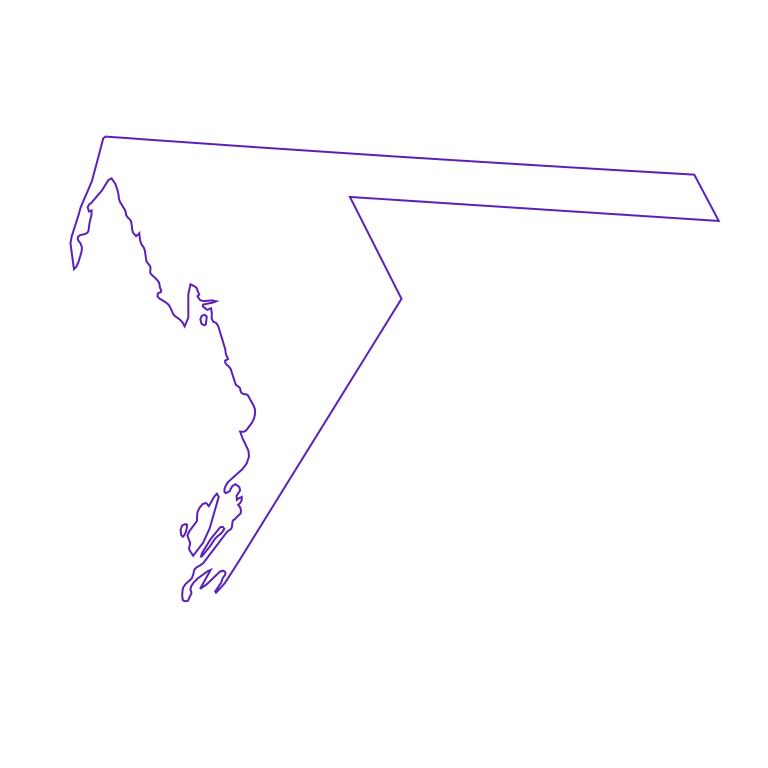 outline of Dakhlet Nouadhibou, rotated 4°
{"feature_id": "MRT-2785", "entity_name": "Dakhlet Nouadhibou", "entity_type": "Region", "adm_level": 1, "iso_a3": "MRT", "parent_name": "Mauritania", "parent_adm1": "", "projection": "orthographic", "projection_center": [-16.46, 20.371], "detail": "fine", "context": "isolated", "style": "outline", "palette": "violet", "viewbox_px": 768, "rotation_deg": 4, "n_neighbors": 0, "source": "natural_earth", "source_scale": "10m", "svg_char_len": 3531}
<svg xmlns="http://www.w3.org/2000/svg" viewBox="0 0 768 768"><g transform="rotate(4 384 384)"><path d="M66.7,291.1L61.4,265.4L62.2,258.4L67.5,236.7L69.0,229.2L78.5,201.9L82.9,179.1L86.8,158.5L88.9,156.6L114.6,156.6L123.8,156.7L149.7,156.7L189.9,156.7L242.0,156.7L303.8,156.5L372.7,156.3L446.3,155.8L522.4,155.2L598.4,154.5L672.0,153.6L678.9,153.5L706.6,198.0L337.0,199.8L395.5,297.8L251.6,570.9L239.1,593.8L231.0,603.9L230.1,602.7L235.4,593.5L236.7,588.8L238.7,585.7L239.1,584.1L238.5,582.5L237.0,581.6L235.5,581.5L234.8,582.4L233.7,582.3L221.2,596.1L214.8,601.2L224.0,581.6L220.8,583.3L211.7,591.0L208.5,594.6L207.0,596.9L205.7,599.5L205.2,602.3L206.3,605.1L206.4,606.5L204.5,611.1L203.9,613.3L203.4,614.0L202.0,614.4L200.5,614.5L199.3,614.2L198.3,613.5L198.1,613.0L198.2,612.4L197.8,611.0L197.4,609.0L197.5,603.2L197.8,601.2L199.9,597.5L205.8,591.3L207.0,587.2L207.8,582.3L210.0,579.8L213.0,578.0L216.3,575.1L237.7,542.5L239.0,541.2L240.5,540.2L241.8,538.9L242.3,536.7L242.5,531.9L243.2,530.1L244.7,529.5L245.1,528.6L249.0,524.2L250.1,522.8L250.1,520.3L249.6,518.1L248.4,516.3L246.9,514.7L248.6,513.1L249.7,511.2L250.2,509.0L250.0,506.6L246.5,508.6L245.3,509.8L244.7,506.0L247.9,500.2L246.8,496.8L242.7,494.3L239.9,496.3L238.2,499.8L237.6,501.7L234.0,503.9L232.4,502.9L232.2,500.0L233.1,496.8L234.3,494.2L235.7,492.2L248.8,478.7L252.5,472.9L254.4,465.8L253.4,459.9L246.6,447.9L243.8,441.5L245.6,441.6L247.2,441.4L248.6,440.9L249.9,439.7L254.9,432.0L256.8,427.2L257.5,422.5L257.0,418.2L255.4,414.6L249.0,404.8L247.7,404.0L244.5,403.8L242.4,402.8L241.3,400.6L240.7,398.3L239.8,397.3L236.2,395.1L229.9,379.5L227.9,377.3L225.9,375.9L224.4,374.4L223.8,372.1L224.5,371.3L225.7,370.8L226.6,370.2L226.2,368.8L225.6,367.9L224.1,365.0L223.2,360.4L214.8,338.3L212.6,335.0L209.3,333.7L207.5,330.7L207.2,324.8L206.2,320.5L202.4,322.4L197.8,319.2L197.8,317.5L207.9,314.6L210.8,313.2L206.2,312.6L198.4,313.9L194.8,313.2L191.8,309.4L193.4,307.7L190.2,301.1L188.7,300.0L184.0,298.0L182.5,308.4L184.2,331.4L181.1,340.4L178.8,336.7L175.9,334.0L170.3,330.5L168.5,328.4L165.6,322.8L163.6,320.0L160.8,317.9L153.8,314.2L152.1,312.6L151.9,309.9L153.0,308.7L154.4,308.3L155.1,307.7L155.1,305.7L153.8,303.7L153.5,302.0L152.5,298.4L149.9,295.5L143.8,290.6L142.9,288.7L143.0,284.3L142.2,282.4L138.5,278.3L136.0,267.1L134.6,264.4L132.3,261.5L130.8,258.0L129.9,254.3L129.4,250.7L128.5,251.8L127.1,253.0L126.4,253.9L123.2,250.7L121.9,247.1L121.3,243.2L120.2,239.1L118.8,237.4L116.8,235.8L115.0,233.5L114.2,230.1L113.0,227.8L107.7,220.4L106.5,217.1L106.0,213.8L104.9,210.0L102.1,203.2L97.9,197.9L94.9,199.7L89.1,210.6L79.5,223.6L77.3,225.5L76.0,228.3L77.7,232.5L80.2,231.3L80.4,235.4L79.0,244.0L78.5,251.8L77.6,253.8L75.4,255.2L70.3,256.8L68.5,258.6L68.3,260.7L69.3,262.5L71.5,265.0L73.1,268.8L73.2,270.4L73.0,273.3L70.8,283.3L68.9,288.5L66.7,291.1ZM217.8,518.1L222.2,508.7L224.9,505.1L227.0,508.1L220.2,540.1L214.6,555.0L205.6,568.6L201.7,563.5L201.0,562.0L201.1,560.0L201.6,557.9L201.6,555.5L200.2,553.0L198.5,548.8L200.1,544.3L206.5,534.5L207.0,533.5L206.7,526.6L207.0,524.5L208.8,520.0L211.6,516.3L214.9,515.1L217.8,518.1ZM230.6,538.3L233.1,537.8L234.9,539.7L232.3,544.0L228.6,547.5L225.8,550.7L222.1,557.5L214.1,568.9L213.4,568.9L214.5,564.8L222.1,550.5L230.6,538.3ZM195.6,537.6L197.3,538.0L197.4,540.4L196.8,545.2L195.4,548.6L194.0,550.4L192.3,548.9L191.2,543.8L192.5,539.2L195.6,537.6ZM199.6,327.6L201.5,328.1L202.5,329.3L202.1,337.1L200.7,337.9L197.8,336.7L196.3,332.4L197.4,328.9L199.6,327.6Z" fill="none" stroke="#5b21b6" stroke-width="2"/></g></svg>